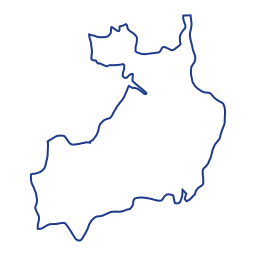 the district of Nghia Lo, Yên Bái, Vietnam
{"feature_id": "81297802B35519691635120", "entity_name": "Nghia Lo", "entity_type": "district", "adm_level": 2, "iso_a3": "VNM", "parent_name": "Vietnam", "parent_adm1": "Yên Bái", "projection": "equal_earth", "projection_center": [104.497, 21.599], "detail": "fine", "context": "isolated", "style": "outline", "palette": "blue", "viewbox_px": 256, "rotation_deg": 0, "n_neighbors": 0, "source": "geoboundaries", "source_scale": "gbopen_adm2", "svg_char_len": 5210}
<svg xmlns="http://www.w3.org/2000/svg" viewBox="0 0 256 256"><path d="M78.6,240.6L80.5,240.3L81.9,239.1L85.0,234.0L87.8,228.5L89.1,224.5L91.4,220.7L94.3,217.8L96.2,216.7L97.0,216.5L99.5,216.3L101.5,215.9L103.0,215.5L107.0,213.6L109.4,212.7L110.3,212.1L111.2,211.9L114.2,211.6L120.1,211.8L120.3,211.7L123.5,211.0L126.9,209.6L129.7,209.1L131.2,207.7L132.7,205.5L133.1,202.8L133.7,200.0L134.7,198.6L136.8,197.9L140.9,197.5L143.8,197.7L148.4,198.3L152.1,199.1L153.9,199.7L155.3,200.0L157.1,200.5L159.0,200.7L160.0,200.7L161.0,200.6L161.9,200.0L163.0,198.6L164.1,196.8L165.2,195.6L166.8,194.5L168.1,194.3L170.2,194.5L171.4,194.8L173.2,195.5L173.5,196.9L174.4,201.3L174.9,202.9L175.7,203.3L176.1,203.4L176.5,203.4L177.2,203.3L178.1,203.2L178.8,203.0L179.2,202.8L179.6,202.4L180.0,202.1L180.4,201.1L181.6,198.0L182.0,196.6L182.4,194.1L182.5,191.2L182.6,189.9L186.3,193.7L185.4,196.4L184.7,198.9L185.7,200.3L186.2,201.0L186.6,201.2L186.9,201.2L187.1,201.0L188.1,200.5L189.7,199.6L190.7,198.6L193.2,195.9L195.1,194.2L195.2,193.4L195.3,192.6L195.6,191.8L195.9,191.1L196.1,190.7L196.9,189.6L197.5,188.7L198.4,187.8L200.7,186.2L201.9,185.5L202.5,184.8L202.9,184.3L203.2,183.5L203.3,182.5L203.2,180.1L203.2,178.8L203.1,177.3L202.8,175.2L202.7,172.7L202.7,171.3L202.8,170.3L203.0,169.6L203.3,169.0L203.7,168.4L204.5,167.6L205.8,166.4L206.4,165.9L207.0,165.0L208.1,163.5L208.4,162.9L208.6,162.2L209.4,160.4L209.8,159.5L210.5,158.0L210.9,156.7L211.7,153.7L211.9,152.9L212.3,151.3L212.6,149.9L213.1,148.7L213.7,147.3L214.5,145.4L215.1,144.4L216.1,143.0L217.7,141.1L218.9,139.7L219.4,138.9L219.9,137.8L220.6,134.8L221.3,132.6L221.9,130.5L222.8,128.3L223.6,126.2L224.3,124.5L224.6,122.9L224.7,121.8L224.7,120.4L224.9,116.1L225.0,114.1L225.1,112.2L225.0,110.3L224.8,108.6L224.4,106.9L223.9,105.3L223.4,104.1L222.9,103.5L222.2,102.8L221.4,102.3L219.6,101.5L218.3,100.7L216.2,99.3L214.6,98.0L213.5,96.8L212.2,95.3L211.1,94.0L210.0,93.2L209.1,92.9L208.4,92.7L205.8,92.5L204.4,92.3L202.6,91.7L201.3,91.1L199.6,89.9L197.9,88.7L196.5,87.5L195.3,86.3L194.3,84.9L193.5,83.6L192.9,82.6L192.3,80.9L191.9,78.8L191.3,75.9L191.1,75.0L191.0,73.9L190.9,72.4L191.0,70.6L191.2,68.4L191.3,67.3L191.7,66.4L192.2,65.5L192.9,64.4L194.0,62.9L194.7,61.5L194.9,60.8L195.1,59.9L195.2,59.0L195.2,57.0L195.2,56.4L194.9,55.4L194.4,54.1L194.0,53.0L193.5,51.5L192.9,49.6L192.2,46.5L191.9,45.1L190.9,41.0L190.4,38.7L190.2,37.7L189.9,34.9L189.9,34.1L189.9,33.3L190.1,32.6L190.4,31.1L190.8,29.4L191.3,26.9L191.5,25.3L191.5,24.4L191.5,23.3L191.3,21.3L190.9,18.4L190.6,15.5L190.6,15.4L186.3,15.4L183.3,15.6L183.2,18.1L183.6,20.3L184.4,22.7L185.0,24.2L185.3,25.2L185.4,26.2L185.4,27.1L185.1,28.1L184.5,28.9L183.4,30.0L182.2,31.7L180.6,34.4L180.0,36.0L179.9,38.3L179.9,40.4L180.2,42.4L180.6,44.0L179.4,45.4L178.2,46.4L176.5,47.7L174.2,49.5L173.0,50.1L172.2,50.2L171.1,50.1L170.7,49.8L169.4,49.2L166.9,48.0L165.2,47.2L164.2,47.0L163.2,47.1L162.6,47.4L162.2,47.8L161.5,49.0L160.6,50.6L159.8,51.7L159.2,52.2L158.2,52.5L153.5,53.1L150.3,53.5L144.7,54.2L142.7,54.1L140.9,53.7L138.3,52.9L136.8,52.3L135.5,51.2L135.6,47.1L136.7,42.4L137.0,39.2L136.8,37.2L135.6,35.5L133.1,33.1L130.2,31.3L128.3,29.6L127.4,27.6L127.1,25.4L125.8,24.1L124.4,25.0L121.7,26.0L120.2,26.2L119.9,26.4L119.6,26.8L119.6,28.2L119.5,29.5L119.3,30.5L119.0,31.0L118.8,31.1L118.0,31.1L117.5,30.9L116.3,30.2L112.0,27.2L111.6,27.0L111.3,27.2L111.1,28.1L110.9,31.6L110.7,32.8L110.5,33.5L108.1,36.3L104.5,37.2L98.9,37.2L96.6,36.7L94.8,35.8L92.3,35.4L90.3,34.8L89.3,34.3L89.1,34.9L89.1,35.6L89.7,38.3L90.9,42.4L91.4,46.8L91.9,50.2L91.9,52.7L91.6,55.3L91.3,58.8L91.9,59.5L93.0,60.3L93.7,60.4L94.1,60.4L94.8,60.3L95.2,60.3L95.7,60.4L96.4,61.2L96.7,61.9L97.1,62.5L97.7,63.3L97.9,63.4L98.4,63.6L98.9,63.4L99.3,63.2L106.4,66.3L109.8,65.2L114.3,65.2L116.3,65.1L118.2,64.9L120.2,64.7L123.0,64.1L124.1,65.0L124.4,66.9L123.9,69.7L123.1,72.1L122.6,75.3L123.3,76.9L124.4,77.7L125.4,78.0L127.1,77.5L128.9,75.5L131.0,74.1L132.2,73.8L132.9,74.4L132.5,78.3L132.5,80.9L134.7,83.1L138.8,86.5L142.8,89.7L146.3,92.9L145.9,94.1L144.2,93.9L141.9,91.8L137.6,88.8L135.1,88.0L132.0,87.8L130.2,86.7L129.0,85.9L128.3,86.8L126.3,92.0L124.1,96.9L122.1,100.2L120.2,102.3L118.7,104.4L117.3,106.0L116.4,107.7L113.4,112.7L112.5,114.8L110.2,118.0L108.2,118.6L106.0,119.3L104.2,120.1L102.7,121.4L101.6,122.5L100.4,123.7L99.6,125.3L98.9,127.5L98.4,130.3L96.8,134.6L95.7,136.3L92.7,140.1L90.0,141.6L90.1,142.0L90.1,142.7L87.2,142.4L86.3,142.3L85.6,142.4L84.2,142.9L81.4,143.3L79.3,143.9L74.6,144.5L72.7,144.6L71.0,144.2L68.8,142.2L65.6,137.5L64.5,136.2L62.3,135.6L58.9,135.6L56.1,136.3L51.7,138.9L47.6,141.5L47.8,142.0L47.9,143.0L48.0,144.8L48.0,146.7L47.5,156.5L45.3,166.1L44.3,168.5L41.6,171.1L39.9,172.1L37.2,173.1L34.8,173.7L33.2,173.8L31.8,174.0L31.2,174.3L31.0,174.8L30.9,175.4L30.9,177.5L31.2,181.4L31.9,183.7L33.5,187.0L35.9,193.2L36.4,195.9L37.0,199.3L36.9,200.5L36.8,203.1L35.6,205.7L35.3,207.8L35.6,209.0L36.8,212.0L38.5,215.4L38.9,216.9L39.0,218.9L38.7,220.9L37.9,224.3L37.7,226.3L37.7,228.2L37.8,228.8L40.2,228.8L42.2,228.3L46.7,225.5L49.8,224.2L51.9,224.1L56.1,224.0L62.2,222.9L65.0,223.2L65.3,223.5L65.9,224.2L67.5,226.2L72.3,233.6L75.1,238.3L75.7,238.9L76.5,239.6L78.6,240.6Z" fill="none" stroke="#1e3a8a" stroke-width="2"/></svg>